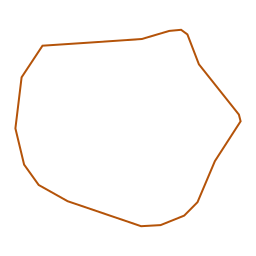 Ngulu, Federated States of Micronesia (orthographic projection)
{"feature_id": "79324940B42165526441139", "entity_name": "Ngulu", "entity_type": "district", "adm_level": 2, "iso_a3": "FSM", "parent_name": "Federated States of Micronesia", "parent_adm1": "", "projection": "orthographic", "projection_center": [137.488, 8.298], "detail": "fine", "context": "isolated", "style": "outline", "palette": "amber", "viewbox_px": 256, "rotation_deg": 0, "n_neighbors": 0, "source": "geoboundaries", "source_scale": "gbopen_adm2", "svg_char_len": 350}
<svg xmlns="http://www.w3.org/2000/svg" viewBox="0 0 256 256"><path d="M42.5,45.7L21.6,77.3L15.4,128.4L24.1,164.6L38.7,185.0L67.6,201.2L141.1,226.2L160.6,225.1L184.2,215.6L197.5,202.2L214.9,161.1L240.6,121.3L238.9,114.6L198.9,64.3L187.4,34.4L181.1,29.8L169.3,30.9L141.8,39.0L90.9,42.5L42.5,45.7Z" fill="none" stroke="#b45309" stroke-width="2"/></svg>